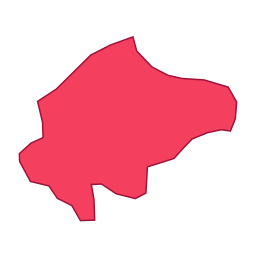 SVG path tracing the border of Štrpce, rotated 178°
{"feature_id": "KOS-5914", "entity_name": "Štrpce", "entity_type": "District", "adm_level": 1, "iso_a3": "XKX", "parent_name": "Kosovo", "parent_adm1": "", "projection": "natural_earth1", "projection_center": [20.995, 42.226], "detail": "fine", "context": "isolated", "style": "filled", "palette": "rose", "viewbox_px": 256, "rotation_deg": 178, "n_neighbors": 0, "source": "natural_earth", "source_scale": "10m", "svg_char_len": 635}
<svg xmlns="http://www.w3.org/2000/svg" viewBox="0 0 256 256"><g transform="rotate(178 128 128)"><path d="M217.4,157.8L198.4,169.3L171.9,193.7L162.7,202.2L142.6,211.6L119.9,218.9L119.8,218.5L116.6,204.6L101.9,188.1L86.3,179.3L72.3,175.6L50.3,173.4L26.5,165.4L18.5,150.2L20.4,133.7L25.7,121.4L34.8,123.0L48.6,120.6L64.3,114.8L72.8,106.6L83.2,95.9L110.0,88.5L111.2,74.7L112.4,62.3L123.1,57.2L142.2,62.7L156.4,72.9L166.6,72.9L164.5,57.5L164.5,37.1L178.7,37.1L186.8,52.4L201.0,60.1L209.1,72.9L227.4,78.0L237.5,98.4L237.5,106.1L225.4,116.3L213.2,121.4L213.2,136.7L217.4,157.8Z" fill="#f43f5e" stroke="#9f1239" stroke-width="1.5"/></g></svg>